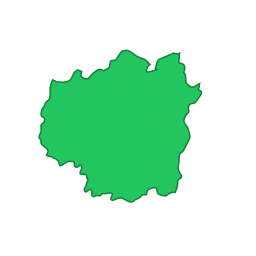 map outline of Dordogne (Robinson projection), rotated 150°
{"feature_id": "FRA-5286", "entity_name": "Dordogne", "entity_type": "Metropolitan department", "adm_level": 1, "iso_a3": "FRA", "parent_name": "France", "parent_adm1": "", "projection": "robinson", "projection_center": [0.813, 45.142], "detail": "fine", "context": "isolated", "style": "filled", "palette": "green", "viewbox_px": 256, "rotation_deg": 150, "n_neighbors": 0, "source": "natural_earth", "source_scale": "10m", "svg_char_len": 3463}
<svg xmlns="http://www.w3.org/2000/svg" viewBox="0 0 256 256"><g transform="rotate(150 128 128)"><path d="M46.0,167.0L50.9,160.0L51.0,158.7L48.7,156.3L48.1,155.0L48.3,153.0L49.0,151.3L50.1,149.9L51.4,148.8L52.0,148.0L51.6,146.0L51.9,144.8L55.0,138.6L54.7,136.0L53.1,132.3L51.1,130.7L43.8,130.7L46.1,127.7L47.0,127.1L47.5,126.3L47.6,125.5L46.8,124.2L46.4,123.2L46.2,122.7L47.6,120.7L55.8,116.8L57.0,116.5L58.0,116.4L58.9,116.6L60.8,117.4L61.7,117.7L62.7,117.5L63.7,117.1L64.8,116.3L65.7,115.3L66.6,113.0L66.8,112.4L67.2,111.9L67.8,111.3L70.9,110.3L72.5,109.5L74.5,107.9L75.8,106.7L76.5,105.0L76.6,103.9L76.2,100.1L76.3,98.2L76.6,96.5L78.0,91.2L78.8,89.5L79.4,88.6L80.2,87.8L91.6,80.6L94.0,79.9L94.9,80.1L95.6,80.1L96.6,79.4L97.8,77.9L101.2,72.7L103.9,69.5L104.6,68.4L105.3,66.4L105.5,65.2L105.6,64.0L105.5,60.9L105.7,60.0L106.0,59.1L106.7,58.5L108.1,58.1L109.1,58.2L110.3,58.1L111.4,57.3L113.6,54.0L115.5,51.8L119.4,48.6L121.6,50.1L124.7,50.6L128.2,50.4L129.3,50.5L130.5,51.1L132.1,52.5L134.6,55.3L134.8,56.3L134.8,57.3L133.6,61.0L133.5,61.9L134.4,62.9L136.2,63.7L140.0,64.5L141.9,64.3L143.2,63.8L144.4,62.0L145.1,61.3L146.0,61.2L147.1,62.1L148.1,62.7L149.6,62.8L153.1,61.8L154.1,61.8L157.1,62.3L157.9,62.3L160.0,61.9L161.3,61.9L162.3,62.3L163.4,63.2L165.0,65.1L167.6,69.4L168.4,70.4L169.7,71.3L171.9,72.1L176.6,72.8L177.6,73.2L178.2,73.9L178.3,75.1L177.8,76.0L176.8,76.8L175.3,77.8L175.1,78.1L174.7,78.6L174.6,79.4L175.1,80.2L176.2,81.0L178.6,81.7L180.2,82.3L182.8,83.9L186.1,83.3L189.1,85.3L189.7,85.7L191.0,85.5L191.8,85.7L192.7,86.2L193.1,87.1L192.7,88.3L192.1,89.3L191.4,90.3L190.9,91.2L190.8,92.2L191.1,93.1L192.1,94.0L193.1,94.1L194.2,93.9L195.2,93.6L196.2,93.6L196.9,94.1L197.2,95.0L196.8,96.3L196.0,97.2L193.1,98.9L191.4,101.1L189.7,102.1L189.0,102.8L188.7,103.7L188.6,105.4L188.2,106.3L187.8,107.1L187.8,108.1L188.3,109.1L189.9,110.4L191.4,111.1L192.2,112.0L192.0,113.1L191.2,114.0L188.2,116.2L187.7,117.0L187.3,117.8L187.4,118.6L187.7,119.3L188.9,119.7L191.2,119.5L192.1,119.6L192.9,120.3L193.2,121.5L193.1,122.5L192.7,123.4L192.1,124.2L191.8,125.0L192.0,126.0L193.0,127.0L195.2,128.3L196.7,128.8L198.0,129.1L204.4,128.8L205.2,129.1L205.7,129.7L205.7,131.2L205.2,132.3L204.9,133.3L204.9,134.4L205.3,135.6L206.1,137.6L207.4,139.2L208.2,140.8L209.0,141.8L211.0,143.2L212.2,145.3L209.0,147.4L208.4,149.7L210.9,156.9L210.8,158.5L210.3,159.7L209.5,160.7L209.5,161.7L209.9,163.0L209.8,163.9L209.4,164.9L208.6,165.7L205.5,168.1L204.7,169.1L203.8,170.4L202.5,172.9L201.6,174.1L200.5,174.7L199.5,174.6L198.4,174.8L197.3,175.4L195.9,177.2L195.5,178.4L195.7,179.4L196.3,180.1L196.9,181.0L196.8,182.5L196.1,183.9L194.3,186.1L193.0,187.3L191.7,188.0L189.6,188.7L188.7,189.4L187.1,190.8L186.1,191.3L185.1,191.6L183.0,191.8L181.9,192.2L180.3,193.5L175.3,201.7L174.0,203.3L171.2,205.9L169.2,207.4L166.8,203.8L162.4,200.6L157.3,198.4L153.6,198.5L146.1,203.3L142.5,203.5L139.8,200.0L142.2,198.0L142.6,195.4L141.5,193.0L139.2,191.1L137.0,190.9L130.5,193.0L124.9,193.5L122.5,192.6L120.9,190.3L119.8,189.8L115.3,189.6L113.8,189.9L112.6,191.1L110.7,193.7L109.2,194.6L108.1,194.5L105.7,193.2L104.5,193.1L97.0,196.8L94.5,197.5L89.8,195.7L87.0,191.3L84.6,185.8L81.0,180.9L79.4,179.2L78.4,177.0L77.2,171.9L79.1,171.8L80.9,170.9L82.6,169.4L83.8,167.6L83.1,167.0L82.5,166.4L81.9,166.1L75.8,164.5L73.8,164.2L74.6,166.1L72.7,167.5L69.2,171.1L67.1,171.9L50.9,170.0L50.6,169.5L48.6,167.7L48.2,167.5L47.5,166.8L46.0,167.0Z" fill="#22c55e" stroke="#15803d" stroke-width="1.5"/></g></svg>